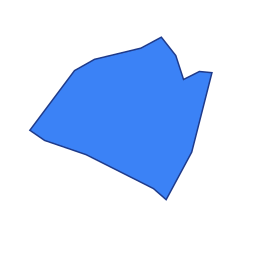 an SVG outline of Western, rotated 345°
{"feature_id": "ASM-5002", "entity_name": "Western", "entity_type": "state/province", "adm_level": 1, "iso_a3": "ASM", "parent_name": "American Samoa", "parent_adm1": "", "projection": "equal_earth", "projection_center": [-170.747, -14.332], "detail": "fine", "context": "isolated", "style": "filled", "palette": "blue", "viewbox_px": 256, "rotation_deg": 345, "n_neighbors": 0, "source": "natural_earth", "source_scale": "10m", "svg_char_len": 338}
<svg xmlns="http://www.w3.org/2000/svg" viewBox="0 0 256 256"><g transform="rotate(345 128 128)"><path d="M223.4,96.3L183.3,167.8L146.3,207.1L136.9,193.1L80.5,142.8L44.2,118.4L32.6,104.8L91.2,58.7L113.4,53.0L161.1,54.2L183.7,48.9L192.9,70.4L194.2,95.5L211.6,91.9L223.4,96.3Z" fill="#3b82f6" stroke="#1e3a8a" stroke-width="1.5"/></g></svg>